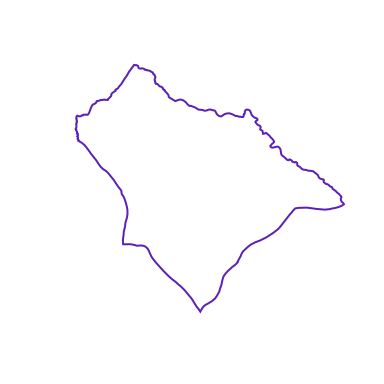 outline of Kuleaen, Preah Vihéar, Cambodia, rotated 120°
{"feature_id": "14789045B31291956543174", "entity_name": "Kuleaen", "entity_type": "district", "adm_level": 2, "iso_a3": "KHM", "parent_name": "Cambodia", "parent_adm1": "Preah Vihéar", "projection": "equal_earth", "projection_center": [104.523, 13.796], "detail": "fine", "context": "isolated", "style": "outline", "palette": "violet", "viewbox_px": 384, "rotation_deg": 120, "n_neighbors": 0, "source": "geoboundaries", "source_scale": "gbopen_adm2", "svg_char_len": 6033}
<svg xmlns="http://www.w3.org/2000/svg" viewBox="0 0 384 384"><g transform="rotate(120 192 192)"><path d="M126.7,54.3L126.0,55.4L125.6,57.5L124.7,58.9L123.2,59.9L122.4,59.9L122.1,59.8L121.6,60.3L121.2,60.7L121.0,61.6L120.3,63.4L120.2,63.7L120.0,65.7L119.9,66.0L119.8,66.5L119.5,67.2L119.5,67.6L119.3,68.0L119.3,68.7L119.2,69.0L119.2,69.4L119.0,69.9L119.1,70.5L118.9,71.9L118.8,72.1L118.5,72.4L118.0,72.8L117.8,73.1L118.1,75.4L117.6,77.2L117.5,78.3L117.6,78.9L117.9,79.6L118.0,80.2L117.9,80.8L117.6,82.9L116.3,83.7L115.7,83.7L115.5,84.1L115.4,84.3L116.3,87.5L116.2,88.7L115.8,89.7L114.6,91.2L114.2,92.1L113.5,97.5L114.1,99.3L115.5,102.2L115.6,102.5L115.6,103.4L115.9,104.5L116.8,106.2L117.1,108.2L117.1,108.7L116.8,109.2L116.7,110.1L116.5,110.4L116.3,112.6L116.4,113.4L116.3,114.1L115.9,114.4L114.4,115.3L114.2,115.6L114.1,116.7L114.2,117.2L114.4,117.4L114.7,117.4L115.0,117.7L115.2,118.4L115.3,119.4L115.6,119.9L114.8,121.8L114.8,122.1L114.9,123.0L114.9,123.6L115.1,124.0L115.6,124.0L116.1,124.1L116.5,124.9L116.6,125.5L115.6,129.6L115.4,131.9L115.0,133.1L114.1,134.1L111.4,136.2L110.5,137.2L110.0,138.3L109.7,139.8L109.8,140.1L110.1,141.0L113.2,144.2L113.5,145.0L113.7,145.9L113.5,146.5L113.3,146.9L112.9,147.2L110.9,146.9L108.4,146.0L107.4,146.0L106.5,147.4L105.9,148.9L105.3,151.2L104.4,153.5L103.8,157.2L103.8,157.5L105.3,158.6L106.1,159.6L105.5,160.0L103.8,161.6L103.8,162.1L103.7,162.6L103.8,163.4L103.6,164.3L101.7,164.9L101.2,165.2L100.7,166.6L101.0,168.0L100.9,169.2L100.2,171.1L99.8,171.9L99.5,172.2L99.2,172.2L98.7,172.1L96.9,171.3L96.2,171.7L96.0,172.0L95.9,172.8L96.2,174.2L96.2,176.0L95.7,178.1L95.4,178.8L95.1,179.2L93.1,181.7L92.6,182.5L92.5,183.1L92.6,184.1L93.1,185.5L93.6,186.2L94.5,186.6L95.1,186.6L96.1,186.3L97.9,185.5L98.5,186.0L99.0,186.0L100.2,185.3L100.8,185.2L101.2,185.1L101.6,185.4L102.4,186.9L102.6,187.8L103.2,188.7L103.3,189.3L103.6,191.0L104.2,191.9L104.4,192.4L104.4,193.9L104.6,196.4L105.2,199.1L106.3,200.7L107.4,201.9L108.6,202.9L110.1,203.5L111.5,204.4L111.9,204.6L112.3,205.3L112.6,206.2L112.5,208.2L111.9,210.0L111.3,210.7L110.4,212.2L110.2,212.9L110.5,214.4L110.9,214.9L111.1,216.4L111.5,217.6L112.7,219.1L113.5,219.6L114.7,220.8L115.0,221.2L115.5,222.3L115.6,223.7L115.8,224.2L117.3,227.3L117.4,227.9L117.3,230.4L117.2,231.6L117.6,233.7L117.9,236.1L118.4,236.7L118.6,237.0L118.7,237.6L118.2,240.0L117.5,241.8L117.2,243.1L117.0,245.1L117.2,246.7L117.7,248.1L118.5,249.3L121.3,251.6L121.6,252.1L121.5,259.0L121.4,259.4L121.1,259.8L120.1,260.6L119.4,261.7L118.3,265.0L118.2,265.7L118.0,266.2L117.4,266.6L117.3,266.9L117.6,267.6L117.4,268.4L117.0,269.0L116.7,269.0L116.6,269.4L116.4,269.8L116.2,270.4L116.2,271.0L116.3,271.5L116.6,272.3L116.5,273.6L116.0,274.9L115.9,275.4L115.8,276.1L116.0,276.6L116.0,277.4L116.2,277.5L115.9,278.0L115.9,278.3L115.2,278.7L115.0,279.2L114.3,279.5L113.9,280.2L113.6,280.4L112.2,280.9L111.2,280.9L110.7,281.2L110.0,282.3L109.2,283.1L109.3,284.1L109.0,284.2L108.8,285.0L108.1,285.7L108.3,287.9L108.0,288.7L108.7,290.8L108.8,291.9L109.0,292.2L109.3,292.3L109.4,292.8L109.3,293.5L109.7,294.0L109.6,294.5L109.3,295.0L109.5,296.1L110.0,297.3L110.6,297.7L111.3,299.5L111.3,300.3L111.0,300.7L110.2,301.4L110.0,301.5L109.8,301.7L109.8,302.4L110.0,303.8L110.7,304.9L110.9,305.7L119.9,306.7L124.1,306.6L127.6,307.0L133.9,307.2L137.2,307.9L139.3,308.0L141.6,309.3L141.9,309.3L142.5,308.8L146.1,310.5L147.6,310.8L148.8,310.1L149.8,310.1L151.4,310.6L152.1,310.6L152.8,311.0L153.2,311.1L153.9,310.8L154.1,310.8L154.5,311.1L154.8,312.0L155.5,312.9L155.8,314.2L157.4,316.0L157.8,316.9L158.8,317.6L159.1,318.0L159.8,318.5L160.9,319.9L161.2,320.0L162.2,319.6L162.6,319.7L164.5,320.5L165.8,321.6L167.2,321.8L169.5,321.6L174.7,320.7L176.9,320.8L177.5,321.3L178.3,323.0L179.3,324.6L179.7,324.9L180.2,324.8L180.4,325.1L180.3,325.3L180.5,325.6L181.7,326.0L182.2,326.5L182.4,326.8L182.6,327.0L183.0,328.0L183.2,328.5L183.1,329.2L183.4,329.6L183.6,329.6L184.3,329.5L184.5,329.7L185.1,329.4L185.7,329.3L185.9,328.9L186.2,328.7L186.6,328.7L187.0,328.0L188.0,327.5L188.2,327.0L188.8,326.9L189.0,326.6L189.4,326.5L189.7,326.7L190.8,326.1L191.2,326.0L191.4,326.1L192.1,325.4L193.7,324.5L194.3,324.3L195.6,324.3L195.8,324.1L195.9,323.4L196.2,323.3L196.3,323.5L196.7,323.0L197.1,322.0L197.4,321.7L198.1,321.2L198.4,320.4L199.0,320.7L199.3,320.3L199.1,320.0L199.4,319.6L199.6,319.8L199.8,319.7L200.0,319.2L200.4,318.9L201.2,319.1L201.3,318.7L201.8,318.2L201.8,317.9L202.6,317.6L203.0,317.7L203.6,317.3L203.6,317.0L203.5,316.7L203.8,316.3L204.0,315.7L204.5,315.8L204.5,313.2L204.6,311.4L205.1,308.6L206.2,305.6L207.0,303.8L208.2,300.9L209.0,299.5L212.2,291.4L212.9,289.8L214.2,287.4L215.6,284.4L216.6,280.8L216.8,276.9L217.2,275.1L217.7,273.6L220.8,265.5L223.2,260.9L224.5,258.1L226.0,254.3L226.4,253.7L228.0,252.6L228.7,252.0L229.2,251.2L229.9,249.4L232.2,246.3L235.5,242.8L238.5,240.0L239.8,239.0L243.4,236.8L247.1,235.4L251.1,234.5L252.4,234.1L255.4,232.7L259.2,231.6L260.7,231.2L262.5,230.2L268.2,227.8L271.7,225.5L269.6,221.9L268.4,220.0L267.4,217.7L266.7,215.5L266.1,212.9L264.7,210.8L263.3,208.4L262.9,207.1L262.6,205.7L262.7,204.4L263.2,202.2L263.8,201.0L268.2,194.9L269.7,191.7L271.1,188.1L274.4,178.0L275.4,174.4L276.8,169.1L277.5,165.3L278.2,160.2L278.7,158.3L279.4,154.2L280.7,149.4L284.4,139.3L284.9,138.2L286.9,134.6L289.4,129.8L289.9,128.1L291.5,125.0L287.3,125.0L284.8,124.6L282.9,123.8L281.0,122.6L276.7,120.2L272.4,118.7L268.4,118.5L264.6,118.6L261.2,119.5L258.6,119.9L256.4,120.5L254.6,121.2L251.0,122.2L249.7,122.4L247.7,122.4L245.5,122.1L243.1,121.6L237.3,119.8L232.6,117.9L231.5,117.6L229.5,117.3L229.3,117.7L222.9,117.8L220.7,118.2L219.3,118.2L217.4,118.0L211.1,116.0L208.2,114.8L203.7,111.9L200.2,109.0L194.4,105.1L187.2,101.4L185.1,100.5L181.3,99.0L179.1,98.4L177.1,98.1L162.9,96.1L159.7,95.4L157.7,95.2L154.6,94.4L152.6,92.0L152.2,91.3L149.9,87.7L148.3,85.1L147.2,82.6L144.6,76.2L142.8,72.3L141.8,70.2L141.4,69.3L141.2,68.7L140.9,68.2L138.0,64.2L135.4,61.5L134.7,60.5L131.9,57.7L129.9,56.1L128.6,55.2L126.7,54.3Z" fill="none" stroke="#5b21b6" stroke-width="2"/></g></svg>